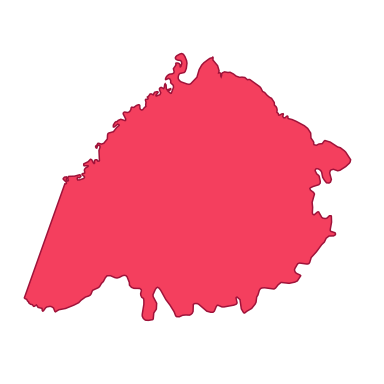 Chitré, Herrera, Panama, rotated 7°
{"feature_id": "35544464B26445161390898", "entity_name": "Chitré", "entity_type": "district", "adm_level": 2, "iso_a3": "PAN", "parent_name": "Panama", "parent_adm1": "Herrera", "projection": "natural_earth1", "projection_center": [-80.453, 7.98], "detail": "fine", "context": "isolated", "style": "filled", "palette": "rose", "viewbox_px": 384, "rotation_deg": 7, "n_neighbors": 0, "source": "geoboundaries", "source_scale": "gbopen_adm2", "svg_char_len": 5944}
<svg xmlns="http://www.w3.org/2000/svg" viewBox="0 0 384 384"><g transform="rotate(7 192 192)"><path d="M94.6,162.1L96.3,172.1L96.0,172.7L94.8,172.9L94.2,172.0L93.4,171.6L92.0,171.9L91.3,172.9L91.8,175.2L91.3,175.7L90.6,175.2L88.4,172.1L87.2,171.9L85.2,174.6L81.2,177.2L81.2,178.5L81.8,179.2L84.9,178.6L85.7,178.6L85.9,178.9L85.4,179.8L83.5,181.1L82.6,182.5L82.5,183.6L83.1,185.2L83.1,186.4L81.1,187.1L80.7,187.6L81.3,188.5L83.3,189.8L83.5,190.6L82.9,191.7L78.9,193.7L77.1,194.0L76.4,192.8L76.6,191.4L78.6,191.6L79.8,190.2L79.4,188.9L78.3,188.6L73.5,190.6L67.8,191.5L67.2,192.1L67.1,193.0L67.1,194.0L67.9,195.5L67.4,196.3L66.5,196.1L65.7,195.2L66.0,193.0L65.5,192.3L63.6,192.8L62.5,194.3L62.7,195.1L65.9,197.5L66.3,198.6L65.6,199.4L64.8,199.4L38.5,317.5L39.3,318.2L41.0,318.7L42.0,320.2L43.1,320.9L43.4,321.8L45.4,323.1L47.3,323.3L48.7,324.8L49.4,324.7L51.4,323.1L53.3,325.3L57.3,325.8L57.8,327.8L58.3,328.4L59.0,328.1L60.9,324.7L62.1,323.7L65.1,322.8L66.4,322.9L68.6,323.9L70.5,327.3L71.1,327.6L74.2,325.1L80.7,323.0L88.5,318.7L93.0,315.7L95.1,312.9L99.1,309.2L102.0,307.9L103.5,306.8L104.3,305.4L105.0,302.5L105.6,301.5L110.5,298.5L111.7,297.3L113.3,293.7L114.9,291.7L116.4,287.7L117.9,285.5L121.3,285.0L126.0,286.4L128.1,286.5L130.3,285.6L133.3,283.5L135.1,282.9L136.7,283.1L137.9,284.1L140.8,289.4L141.3,292.1L143.5,294.0L146.1,294.7L151.9,294.1L153.5,295.1L153.8,296.2L153.4,299.1L153.7,300.6L154.9,302.6L156.9,303.6L157.5,305.9L157.9,309.4L157.5,319.4L157.7,321.2L159.0,323.3L160.4,324.4L161.7,324.9L164.5,324.7L168.5,323.5L169.0,322.7L168.8,316.7L170.9,312.6L170.5,306.8L166.2,300.6L165.8,298.7L167.5,293.1L168.4,291.5L169.4,290.8L171.0,291.4L172.9,293.3L179.1,301.9L184.0,307.0L188.8,313.0L190.9,316.9L191.9,317.6L194.6,317.4L197.7,315.5L200.8,314.8L204.5,314.5L205.7,313.8L207.0,312.3L207.6,310.4L207.0,303.5L207.7,302.7L208.8,302.3L210.9,302.1L212.5,302.7L221.2,308.5L225.3,309.1L227.5,308.8L228.7,307.5L230.0,302.8L230.9,301.3L231.9,301.3L235.7,302.4L237.7,302.2L247.3,299.2L249.5,298.0L250.1,297.2L250.2,296.3L248.6,291.8L248.8,291.2L249.5,290.8L252.7,292.9L255.2,302.0L257.5,305.0L258.3,305.7L259.0,305.7L261.3,303.4L265.4,300.3L268.3,295.6L269.0,293.5L269.0,288.3L270.0,286.2L270.8,281.4L271.4,280.1L272.2,279.2L273.3,278.7L275.6,278.2L285.2,278.3L286.6,277.2L288.8,273.6L291.4,270.9L299.6,270.8L305.1,268.9L307.4,267.4L310.1,261.9L309.5,261.3L305.6,260.0L304.3,259.0L303.5,257.7L303.2,256.6L303.5,255.3L305.6,250.4L307.3,249.4L314.3,249.5L315.8,249.3L316.8,248.7L317.4,247.5L318.3,242.5L322.7,236.3L327.1,228.5L329.5,225.5L330.8,221.5L333.4,219.0L337.9,218.3L339.4,217.1L339.6,216.2L338.9,215.0L334.5,214.1L333.9,213.4L333.8,212.1L334.2,204.9L333.3,199.2L332.9,198.6L331.3,198.8L329.3,201.3L328.3,201.9L327.1,202.1L325.1,202.0L323.9,201.4L320.1,196.3L319.0,196.5L316.1,199.7L315.3,199.7L314.5,199.1L314.0,198.1L313.6,192.5L312.5,187.7L313.8,179.1L312.8,177.7L309.3,175.6L308.5,174.1L309.0,173.4L311.5,171.8L317.0,169.3L318.1,167.6L318.0,165.8L316.3,160.8L315.4,159.9L313.6,158.8L311.7,156.0L311.6,155.3L312.2,154.0L313.0,153.6L314.7,153.7L317.0,154.9L318.3,156.6L319.9,161.5L322.1,164.3L324.4,166.5L326.9,166.4L328.2,165.3L328.8,162.6L326.3,156.3L326.7,153.8L327.6,153.0L329.6,152.2L334.0,153.2L336.2,152.4L341.5,148.0L344.7,144.2L345.3,142.9L345.5,140.6L339.7,133.7L338.3,132.6L333.9,130.0L331.0,129.5L323.1,125.6L317.7,124.7L317.0,125.3L315.4,128.1L312.1,128.9L309.7,130.5L307.4,130.2L306.9,129.5L306.9,128.3L306.4,127.2L303.5,123.9L302.6,119.0L299.1,114.8L295.4,112.5L286.9,109.2L282.6,107.9L278.6,107.4L278.3,107.0L278.0,105.5L277.6,105.0L276.7,105.3L275.2,107.1L273.9,107.1L272.8,105.9L273.2,103.7L272.9,103.2L271.5,103.6L269.4,105.1L268.6,105.1L268.1,103.6L266.5,102.5L266.5,100.2L265.9,98.3L264.9,96.9L263.3,95.9L262.7,93.1L259.5,89.3L257.5,88.6L254.8,86.9L252.0,84.4L249.8,83.6L247.6,80.3L246.4,79.2L235.8,73.4L235.1,73.3L233.3,73.8L230.5,71.9L227.5,71.9L225.3,72.4L221.7,71.6L218.7,69.8L215.2,68.5L213.1,69.0L209.7,68.8L207.7,70.0L207.0,70.9L207.2,72.8L206.9,74.2L206.3,73.3L206.3,71.9L205.8,70.7L205.0,70.2L203.9,70.6L204.1,68.3L202.0,63.5L196.7,58.5L196.5,55.9L196.2,55.6L195.5,56.4L193.7,57.0L192.5,58.0L188.1,62.2L186.2,64.8L184.2,69.6L182.9,77.5L177.7,84.5L176.6,85.3L175.7,85.5L173.9,85.4L167.7,84.0L166.2,83.1L164.9,81.8L164.4,80.7L164.3,78.8L164.7,77.0L165.4,75.9L169.6,74.4L170.5,73.3L171.3,70.0L171.3,64.8L170.6,62.3L168.5,58.5L166.7,56.4L164.9,55.8L163.2,56.5L160.4,58.5L159.5,59.6L159.1,60.9L159.5,61.8L160.2,62.4L162.1,62.9L164.4,62.9L165.6,63.7L166.2,65.7L165.7,68.6L165.3,69.2L165.0,69.2L164.6,67.0L163.7,66.2L162.3,65.7L160.5,65.9L160.2,66.8L160.6,67.6L160.5,68.1L158.5,71.9L159.6,74.8L159.4,76.1L158.1,77.1L155.6,77.7L154.3,78.5L152.7,80.4L152.0,82.3L151.9,83.3L152.3,83.7L155.0,82.1L156.4,82.7L157.3,84.1L157.5,86.2L160.4,88.4L160.9,90.3L159.4,96.5L158.7,96.7L155.8,94.7L158.0,93.3L158.4,92.6L158.2,92.0L155.5,93.4L154.6,93.4L153.9,92.4L153.2,88.9L152.2,87.8L151.8,88.6L151.7,91.7L151.2,92.8L148.6,91.9L147.7,92.4L147.1,93.3L147.3,94.5L148.9,97.4L148.3,99.3L145.0,101.1L144.6,101.0L144.4,100.4L146.2,97.2L145.8,96.6L144.8,96.7L142.7,97.6L141.6,100.3L139.7,99.6L138.5,99.8L137.2,102.2L136.1,103.2L136.9,104.1L136.9,105.0L136.3,105.5L135.0,105.5L134.5,106.3L135.4,108.6L135.4,111.1L135.8,112.8L134.6,113.8L133.0,116.4L131.9,116.8L130.7,116.2L130.1,115.3L129.6,112.4L129.0,111.9L128.2,111.9L126.3,112.9L124.0,115.1L121.7,115.2L121.3,116.0L121.3,117.6L120.4,119.6L119.7,120.3L118.3,121.0L115.5,120.8L114.7,121.2L114.1,122.1L114.2,122.9L117.3,127.6L117.3,129.1L116.8,129.3L112.5,128.5L110.0,129.9L109.1,131.3L108.1,131.4L107.1,132.3L105.8,135.0L105.8,136.3L106.1,137.1L106.9,136.9L110.0,133.7L111.5,134.2L111.6,134.8L109.3,137.3L106.7,141.7L102.2,143.6L101.5,144.2L101.2,145.6L101.5,149.7L98.5,154.4L96.2,155.5L93.4,155.0L92.5,155.3L92.0,156.8L90.8,158.2L90.8,159.0L91.6,160.0L92.1,160.1L92.8,157.3L94.0,156.9L94.9,157.4L95.3,158.6L94.6,162.1Z" fill="#f43f5e" stroke="#9f1239" stroke-width="1.5"/></g></svg>